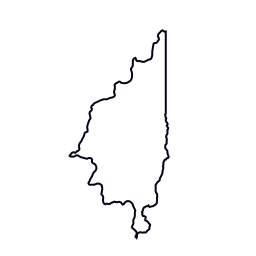 outline of Senador Modestino Gonçalves, Minas Gerais, Brazil, rotated 16°
{"feature_id": "56859067B21823759128365", "entity_name": "Senador Modestino Gonçalves", "entity_type": "district", "adm_level": 2, "iso_a3": "BRA", "parent_name": "Brazil", "parent_adm1": "Minas Gerais", "projection": "natural_earth1", "projection_center": [-43.245, -17.835], "detail": "fine", "context": "isolated", "style": "outline", "palette": "ink", "viewbox_px": 256, "rotation_deg": 16, "n_neighbors": 0, "source": "geoboundaries", "source_scale": "gbopen_adm2", "svg_char_len": 4485}
<svg xmlns="http://www.w3.org/2000/svg" viewBox="0 0 256 256"><g transform="rotate(16 128 128)"><path d="M137.7,24.8L136.4,25.4L135.2,24.9L134.0,24.7L133.3,25.6L132.8,26.5L132.3,27.6L131.6,28.9L131.2,30.5L131.6,31.9L132.7,32.8L133.3,34.4L133.1,35.4L132.6,36.4L132.3,37.7L131.3,38.7L130.3,39.0L129.4,39.6L129.4,40.9L129.6,42.1L129.7,43.9L130.0,45.5L130.1,47.0L130.4,48.2L130.8,49.9L131.3,51.7L131.3,53.4L131.2,54.8L130.6,55.7L129.6,56.2L128.6,56.9L127.8,57.8L126.5,58.9L125.4,59.9L124.2,60.3L122.6,60.4L120.9,60.4L119.7,60.8L118.7,61.1L117.7,60.9L117.0,60.2L116.5,59.3L115.7,58.6L114.6,59.6L114.1,61.0L114.2,62.4L114.6,63.7L114.9,64.8L115.3,66.1L115.4,67.6L115.1,68.7L114.5,70.1L115.0,71.5L115.6,72.3L116.3,73.4L117.0,74.7L117.3,76.2L117.6,77.4L117.9,78.5L117.8,80.0L117.5,81.6L116.5,82.8L115.4,84.0L114.6,84.8L113.5,85.5L112.4,85.9L111.2,86.2L109.8,86.4L108.7,86.3L107.8,85.8L106.7,85.8L105.8,86.7L104.9,87.8L104.0,88.6L103.3,89.5L103.4,90.7L104.1,92.2L104.5,93.6L104.6,95.2L104.5,96.7L105.0,98.1L105.8,98.9L106.4,100.4L105.8,101.8L104.5,103.0L103.2,103.6L102.1,104.3L101.0,105.2L99.7,106.2L98.1,106.7L96.7,107.1L95.6,107.8L94.6,108.6L93.6,109.2L92.7,110.2L91.6,111.1L90.6,111.9L89.7,112.7L88.9,113.4L88.4,114.3L88.0,115.6L87.2,116.3L86.9,117.5L87.2,118.7L88.2,119.7L87.9,121.4L86.9,123.1L87.0,124.8L87.7,125.8L88.2,126.9L88.9,128.0L89.3,129.1L89.0,130.3L88.6,131.4L88.5,133.0L88.3,134.6L88.4,136.0L88.3,137.6L88.7,138.9L89.4,140.3L89.9,141.5L90.0,142.7L89.0,143.4L87.8,144.5L87.8,146.2L87.8,148.1L87.4,149.8L87.0,151.5L86.9,153.1L86.2,154.9L85.7,156.5L85.7,157.7L85.8,159.0L86.4,160.1L87.1,161.6L86.9,162.9L86.1,163.9L85.3,164.5L84.8,165.5L84.1,166.4L82.3,166.3L80.9,167.3L80.4,168.6L79.9,169.7L79.6,170.9L80.8,171.2L82.3,171.0L83.8,170.4L84.9,169.6L85.8,168.6L86.8,168.2L88.1,168.3L89.4,168.8L90.6,169.0L92.1,169.0L93.7,169.0L95.0,168.9L96.3,169.0L97.2,168.8L98.1,167.9L99.6,167.4L100.9,167.3L102.1,168.0L102.4,169.6L103.1,171.1L104.4,171.6L105.4,171.7L106.3,172.0L107.2,172.7L108.1,173.8L108.8,175.6L108.7,177.2L108.4,178.5L107.7,179.4L107.1,180.8L106.9,182.3L106.8,183.9L106.4,185.5L105.8,187.7L105.6,189.9L105.1,191.8L105.8,192.7L106.7,193.1L107.7,192.9L109.0,192.4L110.4,192.0L111.4,191.7L112.4,190.9L113.4,190.1L114.4,189.7L115.5,189.5L116.8,189.6L118.1,190.1L118.9,190.7L119.1,191.8L119.9,192.9L120.2,194.4L120.3,195.7L120.5,197.1L120.6,198.8L121.4,199.5L122.4,200.2L123.2,201.3L123.6,202.6L123.7,204.2L124.2,205.2L124.9,206.4L125.9,207.3L127.1,207.6L128.2,206.7L129.3,206.5L130.4,206.5L131.7,205.8L132.3,204.8L133.1,204.2L134.2,203.4L135.4,202.5L136.7,202.6L138.2,202.3L139.2,201.6L140.5,201.4L141.8,201.5L142.8,202.4L144.1,203.1L144.9,202.4L145.2,201.3L145.9,200.0L147.2,198.6L148.8,198.1L150.5,198.2L151.8,198.8L153.0,199.6L153.8,200.4L154.3,201.4L155.1,202.2L156.0,203.3L157.1,204.5L157.8,205.5L157.8,206.8L158.1,208.0L158.4,209.2L158.8,210.6L158.9,212.6L158.5,214.2L158.7,216.1L159.4,217.6L159.5,219.1L159.1,220.9L159.1,222.3L159.9,223.1L160.9,223.4L162.0,223.9L163.3,224.6L164.5,225.3L165.2,226.4L165.7,227.9L166.5,226.5L167.5,225.4L168.7,224.7L169.9,224.7L171.2,224.5L172.3,223.8L173.3,223.8L174.2,223.2L174.7,221.5L175.7,220.4L176.4,219.3L175.9,217.3L176.1,215.7L175.9,214.7L174.4,214.0L173.5,213.0L172.3,212.5L171.1,212.1L170.0,212.0L169.8,210.6L169.5,208.6L167.9,208.2L166.6,208.5L165.6,207.4L165.4,205.8L164.6,205.3L164.8,204.0L165.0,202.9L165.0,201.5L165.1,200.2L166.0,199.4L166.9,198.4L168.3,197.7L169.0,196.8L169.7,197.6L170.7,197.9L171.7,197.2L172.8,196.6L173.8,196.1L174.7,195.0L175.8,193.8L176.4,192.0L175.9,190.0L175.7,188.6L175.1,187.5L175.1,186.1L174.6,184.8L174.1,183.3L172.8,182.3L171.9,181.0L171.5,179.4L171.2,178.0L170.6,176.6L170.3,174.8L170.9,173.1L171.4,171.8L172.0,170.8L172.8,169.8L172.6,168.0L172.9,166.0L173.3,163.8L173.5,162.0L173.2,160.2L173.0,158.8L173.1,157.6L172.9,156.3L172.1,155.2L172.2,153.5L171.6,152.1L171.6,150.5L172.0,148.6L173.1,147.9L173.5,146.5L174.6,146.0L175.1,144.9L174.6,143.8L173.6,142.6L172.9,141.2L172.5,140.2L172.1,139.1L170.7,138.0L169.7,137.4L169.0,136.3L168.8,135.0L168.7,133.6L169.4,132.5L169.2,131.2L168.7,130.1L168.6,128.6L167.8,127.0L167.0,125.9L167.0,124.3L167.4,123.0L167.3,121.9L166.9,120.4L166.3,119.0L166.8,118.0L166.5,116.9L165.5,115.9L164.5,114.9L165.1,113.7L164.5,112.4L162.9,111.4L162.0,109.9L162.1,108.1L161.1,107.2L160.6,105.9L160.0,104.9L160.3,103.5L144.5,48.5L137.7,24.8ZM166.5,231.3L166.4,228.9L165.7,227.9L165.2,229.2L165.2,230.6L166.5,231.3Z" fill="none" stroke="#020617" stroke-width="2"/></g></svg>